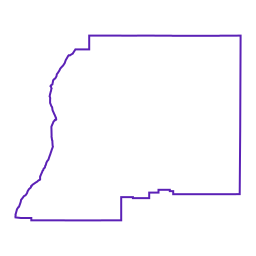 Wiluna, Western Australia, Australia
{"feature_id": "25037944B27628401872150", "entity_name": "Wiluna", "entity_type": "district", "adm_level": 2, "iso_a3": "AUS", "parent_name": "Australia", "parent_adm1": "Western Australia", "projection": "robinson", "projection_center": [121.784, -25.366], "detail": "fine", "context": "isolated", "style": "outline", "palette": "violet", "viewbox_px": 256, "rotation_deg": 0, "n_neighbors": 0, "source": "geoboundaries", "source_scale": "gbopen_adm2", "svg_char_len": 5370}
<svg xmlns="http://www.w3.org/2000/svg" viewBox="0 0 256 256"><path d="M75.4,49.4L74.8,50.4L74.1,51.4L73.5,52.4L73.2,52.8L73.0,53.1L72.9,53.5L72.2,53.9L71.6,54.3L70.7,54.8L70.1,55.2L69.9,55.4L69.4,55.4L68.9,55.2L68.7,55.3L68.1,56.0L67.5,57.1L67.0,58.0L66.4,59.0L65.7,60.2L65.2,61.7L64.6,63.3L64.5,63.5L64.0,64.1L63.6,64.8L62.8,65.9L62.3,66.3L61.9,66.8L61.0,67.7L60.7,68.1L60.1,68.9L59.9,69.3L59.6,70.1L59.1,71.0L58.6,71.7L58.1,72.6L57.7,73.1L57.2,73.7L57.0,74.0L56.8,74.3L56.5,76.2L55.9,77.3L55.3,78.3L55.1,78.4L54.9,78.7L54.3,79.0L54.2,79.1L53.8,79.6L53.4,80.1L53.2,80.2L53.1,80.5L52.8,82.4L52.4,84.1L52.4,84.4L51.6,84.9L51.0,85.3L50.5,86.1L51.0,86.6L51.1,87.1L51.2,87.7L51.6,88.4L51.5,88.6L51.3,89.0L51.0,91.0L50.7,91.7L50.4,93.0L50.0,94.4L50.0,94.6L49.6,96.4L50.0,97.1L50.1,97.6L50.2,98.8L50.1,99.0L50.1,103.0L50.3,103.4L50.7,104.4L51.0,105.2L51.5,106.4L51.9,106.9L52.0,107.0L52.1,107.3L52.2,107.6L52.4,109.3L52.6,110.3L53.0,111.3L53.5,112.3L53.8,113.0L54.2,114.0L54.6,114.7L55.1,115.9L55.7,117.3L55.9,117.6L55.8,117.9L56.0,118.1L56.2,119.2L56.2,119.6L56.0,119.8L55.8,119.8L55.4,120.0L55.2,120.1L54.8,120.0L54.6,120.3L54.6,120.6L54.2,120.9L53.5,121.6L53.2,122.5L52.7,123.6L52.3,124.6L52.0,125.1L52.0,125.3L51.9,125.4L51.8,125.7L51.4,126.7L51.4,127.4L51.5,131.2L51.6,135.7L51.5,136.9L51.7,137.3L51.7,137.8L51.8,138.0L51.8,138.4L52.1,140.3L52.3,140.5L52.4,141.3L52.4,141.9L52.4,142.1L52.6,145.3L52.7,145.9L52.9,146.6L52.3,148.3L51.8,149.6L51.3,151.2L50.8,152.6L50.3,154.2L49.7,155.8L49.2,157.2L48.4,159.7L47.6,160.6L47.1,161.3L46.5,162.5L46.2,163.2L46.2,163.5L46.0,164.2L45.7,165.2L45.3,165.6L45.0,167.1L44.9,167.4L44.6,167.7L44.5,168.0L44.2,168.2L43.7,168.6L43.4,169.3L43.3,169.9L43.1,170.3L42.6,170.7L42.1,172.1L41.6,173.2L41.0,174.5L40.7,175.3L40.5,175.9L40.2,176.2L40.1,176.7L40.1,179.5L39.6,180.0L39.0,180.1L38.7,180.4L38.4,180.5L37.9,180.9L37.4,181.5L36.6,182.0L35.9,182.4L34.9,183.1L33.3,184.2L32.3,184.9L31.8,185.8L31.5,185.8L31.1,186.1L31.0,186.8L30.8,187.5L29.8,188.4L29.2,188.9L28.8,189.3L28.3,190.2L27.7,191.1L27.3,192.2L27.1,193.0L26.4,194.1L25.5,195.3L24.9,195.6L24.0,196.1L23.7,196.4L23.1,197.3L22.4,198.2L22.2,198.5L21.7,199.1L21.1,199.8L20.9,200.8L20.8,201.5L20.6,202.2L20.3,203.1L19.9,204.3L19.4,205.6L19.0,206.8L18.4,207.1L17.6,208.3L16.9,209.4L16.7,210.4L16.4,211.4L15.9,213.3L15.5,214.5L15.7,215.1L15.4,216.1L15.5,217.4L20.9,218.0L31.3,218.0L31.3,220.3L50.7,220.3L54.2,220.3L69.8,220.4L71.1,220.4L72.3,220.4L73.3,220.4L74.6,220.4L75.6,220.4L76.2,220.4L76.8,220.4L77.9,220.4L79.3,220.4L80.3,220.4L81.4,220.4L82.4,220.4L83.4,220.4L89.4,220.4L97.9,220.4L107.8,220.3L112.7,220.3L114.9,220.3L115.9,220.3L121.2,220.3L121.2,197.1L132.9,197.1L132.9,198.1L149.2,198.1L149.2,192.6L158.5,192.6L158.5,189.8L162.5,189.8L163.5,189.8L164.7,189.8L165.7,189.8L166.5,189.8L167.7,189.8L168.6,189.8L169.8,189.8L169.8,191.1L170.6,191.1L171.4,191.1L172.2,191.1L173.2,191.1L173.2,194.2L174.4,194.2L175.8,194.2L177.0,194.2L178.4,194.2L179.4,194.2L180.7,194.2L181.7,194.2L182.7,194.2L183.8,194.2L184.8,194.2L185.8,194.2L186.8,194.2L187.9,194.2L188.9,194.2L190.1,194.2L191.2,194.2L192.2,194.2L193.2,194.2L194.5,194.2L195.5,194.2L196.3,194.2L197.1,194.2L198.0,194.2L198.8,194.2L199.4,194.2L200.2,194.2L201.0,194.2L202.1,194.2L202.9,194.2L203.7,194.2L204.7,194.2L205.6,194.2L206.4,194.2L207.2,194.2L208.0,194.2L208.9,194.2L209.7,194.2L210.7,194.2L211.7,194.2L212.6,194.2L213.6,194.2L214.6,194.2L215.5,194.2L216.5,194.2L217.5,194.2L218.5,194.2L219.6,194.2L220.4,194.2L221.2,194.2L222.2,194.2L223.3,194.2L224.3,194.2L225.3,194.2L226.4,194.2L227.2,194.2L228.2,194.2L229.2,194.2L230.1,194.2L231.1,194.2L232.1,194.2L233.1,194.2L234.0,194.2L235.0,194.2L235.8,194.2L236.9,194.1L237.9,194.1L238.9,194.1L239.7,194.1L240.2,130.4L240.4,82.4L240.6,35.6L239.8,35.6L239.6,35.6L239.0,35.6L238.0,35.6L236.6,35.7L236.0,35.7L234.8,35.7L233.4,35.7L231.8,35.7L230.3,35.7L229.1,35.7L227.9,35.7L226.7,35.7L225.5,35.7L223.9,35.7L222.7,35.7L221.6,35.7L221.0,35.7L219.8,35.7L219.2,35.8L218.2,35.8L216.8,35.8L215.6,35.8L214.6,35.8L214.0,35.8L213.2,35.8L212.2,35.8L210.7,35.8L209.5,35.8L208.3,35.8L206.7,35.8L205.5,35.8L204.5,35.8L203.9,35.8L202.7,35.8L202.0,35.8L201.0,35.8L200.0,35.8L199.4,35.8L197.8,35.8L196.8,35.8L195.6,35.8L194.2,35.8L192.8,35.8L191.3,35.8L189.9,35.8L188.9,35.8L187.5,35.8L185.9,35.8L184.5,35.8L183.1,35.8L181.6,35.8L180.4,35.8L179.0,35.8L177.8,35.8L176.6,35.8L175.0,35.8L174.4,35.8L173.2,35.8L172.6,35.8L171.5,35.7L170.1,35.7L169.1,35.7L167.7,35.7L166.7,35.7L165.7,35.7L165.1,35.7L163.5,35.7L162.0,35.7L160.4,35.7L159.0,35.7L158.0,35.7L156.6,35.7L155.4,35.7L154.2,35.6L153.0,35.6L151.7,35.6L150.3,35.6L149.1,35.6L147.9,35.6L146.5,35.6L145.3,35.6L144.0,35.6L142.6,35.6L141.4,35.6L140.2,35.6L138.8,35.6L137.6,35.6L136.1,35.7L134.9,35.7L133.5,35.7L132.1,35.7L130.9,35.7L129.7,35.7L128.5,35.7L127.2,35.7L126.0,35.7L124.8,35.7L123.8,35.7L122.8,35.7L122.2,35.7L121.0,35.6L120.0,35.6L118.5,35.6L117.3,35.6L116.1,35.6L114.9,35.6L113.7,35.6L112.5,35.6L111.9,35.6L110.9,35.6L109.8,35.6L109.0,35.6L107.8,35.6L106.4,35.6L105.2,35.6L103.8,35.6L102.6,35.6L101.2,35.6L100.6,35.6L99.4,35.6L98.2,35.6L96.8,35.6L95.6,35.6L94.2,35.6L93.0,35.6L91.8,35.6L90.6,35.6L89.2,35.6L89.2,49.4L88.4,49.4L87.6,49.4L86.8,49.4L85.8,49.4L85.0,49.4L84.2,49.4L83.2,49.4L82.4,49.4L81.6,49.4L80.8,49.4L79.8,49.4L78.8,49.4L78.0,49.4L77.2,49.4L76.4,49.4L75.4,49.4Z" fill="none" stroke="#5b21b6" stroke-width="2"/></svg>